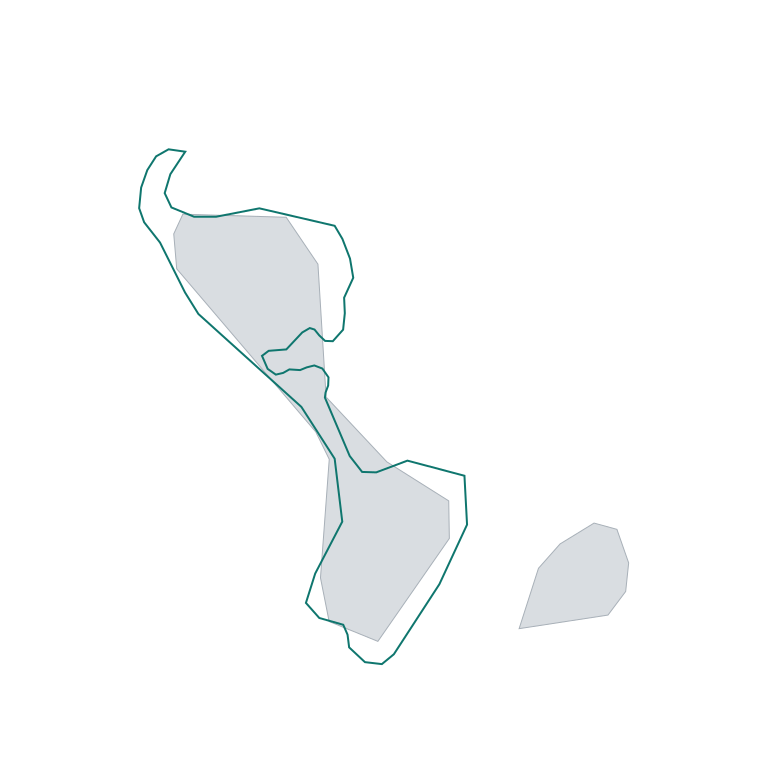 Miquelon-Langlade on a map of Saint Pierre and Miquelon (Natural Earth projection), rotated 337°
{"feature_id": "SPM-4867", "entity_name": "Miquelon-Langlade", "entity_type": "Commune", "adm_level": 1, "iso_a3": "SPM", "parent_name": "Saint Pierre and Miquelon", "parent_adm1": "", "projection": "natural_earth1", "projection_center": [-56.329, 46.961], "detail": "fine", "context": "in_parent", "style": "outline", "palette": "teal", "viewbox_px": 768, "rotation_deg": 337, "n_neighbors": 0, "source": "natural_earth", "source_scale": "10m", "svg_char_len": 1281}
<svg xmlns="http://www.w3.org/2000/svg" viewBox="0 0 768 768"><g transform="rotate(337 384 384)"><path d="M383.8,551.7L277.8,618.5L240.7,581.2L249.8,537.6L304.2,431.9L302.5,401.5L238.2,197.0L249.1,163.7L265.2,149.1L359.1,192.3L370.0,247.9L325.6,373.4L356.2,456.8L397.9,516.9L383.8,551.7ZM525.4,669.4L499.9,684.2L412.8,662.0L454.2,614.0L483.6,600.0L523.0,594.1L541.6,608.8L539.3,644.3L525.4,669.4Z" fill="#d9dde1" stroke="#a8b0b8" stroke-width="1"/><path d="M375.6,463.7L422.2,499.9L405.5,545.9L356.8,589.9L287.5,636.6L272.6,641.0L257.8,632.6L249.0,612.8L252.5,600.5L252.4,589.7L233.0,574.1L226.6,555.0L246.6,531.6L291.8,494.4L309.4,433.5L299.0,372.8L240.5,247.0L236.6,222.0L233.1,166.3L226.4,141.4L227.3,126.5L237.2,108.3L249.7,94.6L263.2,85.4L277.4,83.8L291.8,92.5L269.3,107.4L256.7,122.6L257.3,138.4L274.5,155.8L294.7,164.4L337.9,173.6L400.4,219.1L402.4,234.2L401.7,255.3L397.2,274.2L381.0,289.0L375.6,303.5L367.6,318.0L353.6,324.6L346.6,321.3L343.4,314.0L341.3,306.7L337.5,303.5L328.9,304.6L307.6,314.0L290.8,308.4L282.7,310.4L282.8,324.6L288.1,333.1L295.5,334.4L302.6,333.6L312.2,338.4L319.4,338.5L327.1,339.7L333.3,345.7L335.5,356.2L332.0,363.6L326.9,369.0L324.3,373.4L324.3,436.9L329.5,456.4L342.3,462.3L375.6,463.7Z" fill="none" stroke="#0f766e" stroke-width="2"/></g></svg>